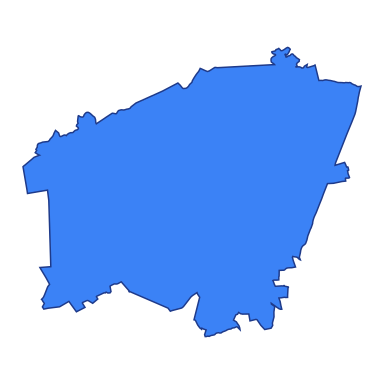 Damascus, Damascus, Syria
{"feature_id": "27442178B22471987034404", "entity_name": "Damascus", "entity_type": "district", "adm_level": 2, "iso_a3": "SYR", "parent_name": "Syria", "parent_adm1": "Damascus", "projection": "orthographic", "projection_center": [36.287, 33.515], "detail": "fine", "context": "isolated", "style": "filled", "palette": "blue", "viewbox_px": 384, "rotation_deg": 0, "n_neighbors": 0, "source": "geoboundaries", "source_scale": "gbopen_adm2", "svg_char_len": 5827}
<svg xmlns="http://www.w3.org/2000/svg" viewBox="0 0 384 384"><path d="M186.0,88.3L183.7,88.5L183.2,88.5L182.4,88.0L180.1,85.1L177.9,83.0L162.5,91.1L136.0,103.0L131.1,106.8L130.1,108.2L129.2,108.6L128.4,108.9L126.6,109.2L124.4,109.9L123.7,110.0L121.2,109.8L118.7,110.5L118.2,110.9L117.3,112.2L116.6,113.4L116.5,113.5L116.1,113.7L115.9,113.8L112.6,113.2L112.1,113.3L105.1,117.9L104.9,118.1L96.3,123.8L96.0,123.2L95.8,122.6L95.5,119.5L95.0,118.0L94.6,117.2L93.0,116.0L90.5,113.7L89.4,112.9L88.1,112.3L86.7,112.4L85.8,112.9L85.0,113.7L84.3,114.6L84.1,114.9L83.6,116.3L83.0,116.9L82.4,117.1L81.3,117.0L80.2,116.7L79.5,116.3L78.9,115.8L78.6,115.7L78.2,116.0L77.6,121.0L77.6,121.9L78.1,123.3L76.7,124.9L76.4,126.1L78.3,127.7L78.4,128.7L77.2,129.8L75.3,130.3L73.9,131.5L73.1,132.4L72.0,132.7L70.9,132.6L69.1,133.2L67.4,134.3L66.3,135.6L65.4,135.1L64.2,135.0L63.1,135.5L61.9,136.1L60.8,136.6L60.0,136.4L59.3,135.1L58.6,132.9L55.5,130.4L54.1,133.1L53.1,135.7L52.1,137.0L50.1,139.1L49.4,140.4L48.2,141.5L42.7,142.1L40.4,143.0L38.8,143.4L37.7,144.3L37.3,145.7L37.2,147.4L36.7,148.0L35.9,149.4L36.7,150.3L35.2,152.7L37.9,154.4L39.5,155.2L34.1,157.3L24.8,165.2L24.3,165.5L23.0,166.7L27.0,190.0L27.5,193.5L47.5,190.1L48.8,200.6L50.8,266.7L39.9,267.5L40.8,269.1L46.0,277.7L49.6,284.3L48.1,286.2L47.6,287.0L44.6,294.7L43.6,296.9L43.2,297.6L41.5,299.4L42.4,300.3L42.7,301.1L44.3,303.4L44.2,303.7L42.4,306.9L43.8,309.1L48.2,308.2L59.6,306.8L68.9,301.4L76.4,311.8L85.0,307.4L82.4,303.1L82.4,302.8L82.6,302.5L86.8,300.6L87.6,300.5L88.4,300.7L92.7,303.3L97.8,299.0L96.5,296.9L96.4,296.6L96.6,296.3L104.1,292.8L104.6,292.8L105.1,293.0L106.1,292.1L107.8,293.0L110.0,292.9L111.0,291.6L110.0,286.2L111.4,285.3L114.3,283.9L115.9,284.0L116.7,284.0L117.5,283.8L118.6,283.3L121.2,281.8L121.4,281.9L122.4,283.2L123.4,284.3L129.3,291.1L129.0,291.6L129.4,291.9L129.8,291.6L168.0,308.1L170.3,311.2L171.1,310.9L172.7,310.4L181.4,308.1L182.5,307.5L183.7,306.3L185.8,303.6L190.7,297.2L191.2,296.7L192.6,295.5L197.0,292.6L197.5,294.0L199.1,296.4L199.7,297.2L194.0,319.8L194.9,320.0L195.6,320.7L196.0,321.5L197.3,324.2L197.9,325.3L199.9,328.0L200.3,328.2L201.6,329.3L201.9,328.2L203.7,329.1L206.1,329.9L205.6,331.5L204.6,334.7L205.2,336.6L206.7,336.5L206.9,336.4L207.9,336.1L209.1,336.4L211.0,335.5L214.2,334.9L214.9,334.5L215.4,333.9L216.1,333.3L216.9,333.0L218.5,332.7L219.5,333.0L220.9,333.0L221.3,332.8L222.6,331.9L225.8,330.7L227.7,329.6L229.1,329.2L230.8,329.0L231.3,328.8L231.6,328.5L232.3,328.1L233.2,327.9L234.3,327.8L235.2,327.4L236.5,326.8L236.9,326.9L237.3,327.0L240.0,329.7L239.7,327.8L239.0,325.8L238.6,325.2L237.4,323.5L236.4,321.9L233.5,320.1L235.8,314.9L237.0,314.4L237.5,314.3L238.7,312.4L240.5,313.7L242.5,314.1L248.8,314.0L250.0,320.9L256.0,319.4L257.1,319.8L260.8,325.3L264.7,329.5L271.1,328.2L272.4,326.0L272.7,325.5L272.4,323.1L274.0,316.9L273.9,312.0L274.7,306.4L271.4,304.1L271.3,303.3L276.7,307.2L279.1,308.8L280.3,309.2L281.0,309.3L281.8,309.2L280.9,305.6L280.2,301.7L279.5,299.7L279.2,299.0L278.9,298.0L281.1,297.8L283.6,297.4L284.7,297.3L285.7,297.5L287.6,297.4L287.6,295.3L288.0,288.1L288.4,287.2L288.2,286.9L284.7,286.2L283.9,285.9L284.0,285.6L283.8,285.6L283.7,286.0L281.5,285.9L275.3,286.3L274.3,284.2L273.3,281.3L272.9,280.5L273.7,280.2L274.0,280.1L277.0,280.1L278.8,279.9L278.8,276.7L279.1,276.2L279.2,270.4L283.9,270.2L284.6,269.9L286.1,268.5L286.5,268.3L287.3,268.0L288.7,267.8L291.9,267.7L295.5,267.0L293.5,261.3L292.9,259.3L292.6,257.9L292.4,257.3L292.8,256.4L293.8,256.7L296.0,257.0L296.9,257.2L297.5,257.6L299.4,259.4L300.3,259.8L299.9,258.7L299.5,257.9L299.4,257.5L299.4,256.9L300.3,253.1L300.8,250.0L301.5,248.0L301.9,247.1L302.7,246.0L305.0,244.2L305.5,243.6L305.8,243.0L306.9,240.0L307.8,236.0L310.4,229.2L311.2,227.7L311.4,227.0L312.6,223.6L312.7,222.3L313.1,220.3L313.9,217.7L314.7,215.8L316.2,212.6L319.8,203.4L321.6,199.0L323.4,194.0L327.5,183.6L333.5,183.3L342.1,181.5L345.7,181.1L345.4,178.4L345.5,178.2L346.7,178.1L348.4,178.1L348.9,178.0L349.5,177.6L349.4,177.2L348.0,173.5L347.8,171.9L347.5,170.7L348.6,170.3L348.7,170.1L348.0,167.1L347.7,166.9L346.9,167.1L346.6,167.0L345.5,164.2L344.6,162.4L335.1,165.3L335.5,163.0L346.9,134.0L351.6,122.6L354.9,114.3L355.6,111.8L356.8,105.8L357.7,101.3L358.3,97.1L358.6,96.0L359.4,92.0L361.0,86.1L358.9,86.6L357.1,86.4L355.7,85.4L355.0,85.0L354.3,84.9L352.2,83.9L351.3,83.3L350.8,82.8L350.1,82.6L349.5,82.5L348.7,82.7L345.7,82.5L344.6,82.8L343.9,82.8L341.9,82.6L337.9,82.5L337.2,82.3L334.5,81.4L333.3,81.2L330.4,80.5L328.5,80.3L327.1,80.0L326.3,79.9L325.0,79.9L322.7,80.5L321.0,80.4L318.9,80.5L315.2,65.5L315.0,65.0L314.1,65.6L307.9,67.5L307.5,67.5L307.2,67.4L306.8,66.9L306.7,66.9L307.2,64.5L304.4,66.2L303.5,67.7L302.0,68.1L301.0,67.4L299.8,66.9L297.3,66.8L295.5,67.2L296.3,66.5L297.0,65.9L297.0,65.4L296.5,64.3L296.6,63.8L297.2,63.0L297.6,62.6L299.0,61.5L299.3,61.1L299.2,60.0L299.4,59.6L296.8,57.9L296.2,57.6L295.9,57.0L295.3,56.3L294.9,56.2L294.3,55.8L293.1,54.3L292.6,54.1L292.1,53.9L291.0,54.4L290.1,55.4L289.6,55.7L288.8,55.8L287.7,56.3L287.5,56.6L286.1,57.1L285.8,56.5L285.9,55.9L285.2,55.0L285.0,54.6L285.2,54.2L285.5,54.1L286.7,54.9L287.6,54.2L288.4,53.0L289.1,51.8L289.8,50.0L290.2,49.5L290.0,48.9L289.2,48.2L288.6,47.7L287.6,47.4L286.2,48.1L284.1,49.6L282.5,50.5L281.6,50.7L280.9,50.6L280.4,50.1L280.0,49.5L279.3,49.0L278.8,48.4L277.8,49.0L276.0,49.6L275.4,50.7L274.6,51.1L271.9,51.7L271.9,52.6L272.6,53.4L273.5,54.0L275.0,54.3L275.5,54.7L275.5,55.2L274.6,55.9L273.3,56.5L271.7,57.8L271.1,58.8L271.0,60.1L271.3,62.0L274.0,64.0L274.5,64.6L217.4,67.7L215.4,67.4L215.0,67.4L214.5,67.6L209.5,70.8L208.2,71.3L207.4,71.5L205.2,70.6L201.7,69.0L200.2,68.4L199.0,70.8L198.6,71.5L197.2,73.2L196.0,74.8L194.0,77.9L192.4,80.7L192.2,81.2L192.1,81.9L191.7,82.5L189.6,84.5L188.5,86.3L188.0,86.8L187.2,87.6L186.0,88.3Z" fill="#3b82f6" stroke="#1e3a8a" stroke-width="1.5"/></svg>